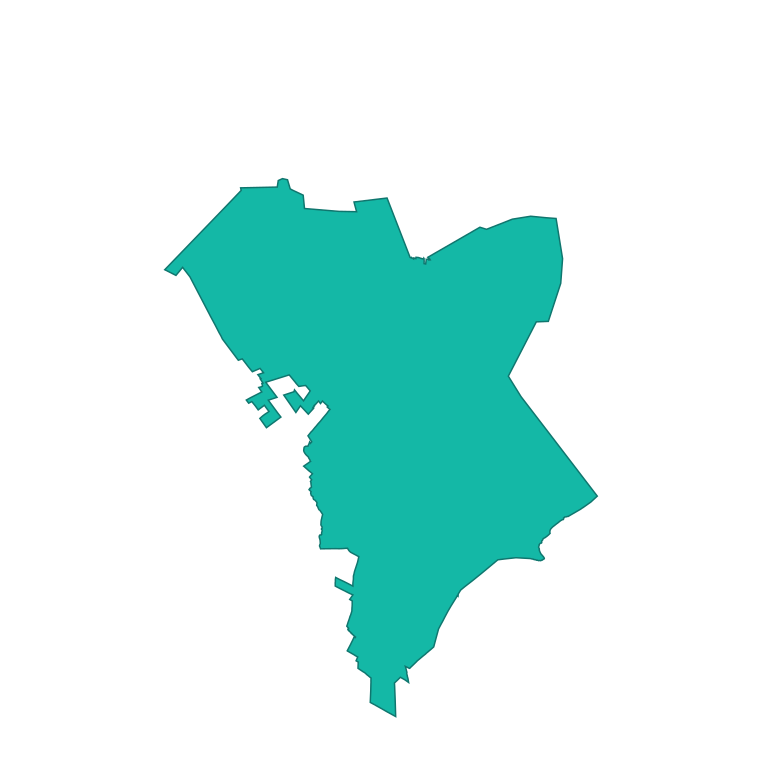 Villa de Arriaga, San Luis Potosí, Mexico (Equal Earth projection), rotated 314°
{"feature_id": "50627088B85978668916883", "entity_name": "Villa de Arriaga", "entity_type": "district", "adm_level": 2, "iso_a3": "MEX", "parent_name": "Mexico", "parent_adm1": "San Luis Potosí", "projection": "equal_earth", "projection_center": [-101.343, 21.982], "detail": "fine", "context": "isolated", "style": "filled", "palette": "teal", "viewbox_px": 768, "rotation_deg": 314, "n_neighbors": 0, "source": "geoboundaries", "source_scale": "gbopen_adm2", "svg_char_len": 6075}
<svg xmlns="http://www.w3.org/2000/svg" viewBox="0 0 768 768"><g transform="rotate(314 384 384)"><path d="M442.8,614.8L451.5,615.3L462.9,539.5L470.1,491.3L476.0,468.0L534.5,450.4L543.2,458.7L579.2,441.2L598.2,425.4L622.6,392.8L616.6,385.6L606.6,373.0L591.7,361.8L566.5,350.3L563.4,344.1L505.6,327.5L505.7,330.0L505.4,331.0L504.3,330.0L504.8,328.9L503.4,328.3L502.9,328.0L502.9,327.9L499.3,330.6L498.4,329.2L499.9,327.9L502.2,325.5L502.2,325.4L501.6,326.0L500.8,324.6L499.9,323.0L498.9,320.9L497.4,319.0L496.3,319.8L495.4,317.9L494.5,318.5L494.1,315.9L493.7,316.1L493.2,314.8L519.9,257.0L494.1,236.0L492.9,237.9L488.9,244.6L476.8,231.6L455.0,204.9L463.7,194.7L460.0,183.8L459.2,181.0L463.9,172.7L461.2,168.3L456.9,166.6L451.5,170.4L425.5,144.6L424.0,146.8L403.1,146.9L339.1,146.9L328.7,146.9L313.9,146.9L317.6,158.9L328.0,158.1L326.3,169.9L312.7,210.6L312.1,212.3L311.0,215.8L308.7,222.9L306.3,229.9L305.3,233.3L304.1,236.5L300.5,258.8L299.9,262.7L302.3,263.9L303.6,264.6L302.2,274.0L301.6,278.7L301.5,279.9L301.4,280.8L309.1,284.0L308.4,289.5L307.1,288.8L303.1,286.8L302.4,291.7L301.7,291.4L300.6,296.3L299.5,295.8L298.2,298.0L297.8,298.1L295.9,297.2L294.5,296.3L293.9,299.2L293.4,301.6L290.1,300.5L281.7,297.6L279.8,297.0L276.8,296.1L276.2,300.0L279.5,301.1L278.9,306.3L278.0,311.5L280.7,311.9L283.5,312.4L285.6,312.7L285.1,315.5L284.6,318.5L284.4,320.3L282.8,320.1L279.3,319.3L276.7,318.9L273.0,318.6L270.9,329.8L288.6,332.8L289.3,327.9L292.0,312.0L300.1,316.3L303.1,297.7L324.7,309.5L323.5,320.0L323.4,320.1L323.1,324.4L327.0,327.4L327.9,328.2L328.5,328.7L328.3,331.1L327.8,335.7L326.3,336.0L324.0,336.4L319.6,337.1L316.0,337.8L316.1,337.0L317.0,328.3L317.6,323.7L315.9,324.6L306.4,319.6L303.7,333.3L302.3,340.4L310.3,339.0L309.7,350.5L312.5,350.4L316.7,350.3L316.6,350.0L317.9,350.1L317.8,349.2L320.0,349.2L320.0,348.7L322.3,348.9L326.3,348.7L325.8,351.9L329.0,351.6L329.0,355.0L329.1,357.5L329.3,359.0L328.0,359.1L328.0,360.2L328.2,362.8L326.2,362.9L324.5,363.1L323.2,363.3L321.9,363.4L317.2,363.7L313.2,364.1L309.6,364.2L306.2,364.5L305.1,364.5L300.4,364.9L299.2,364.8L293.9,365.3L292.2,372.2L290.2,372.3L290.6,370.8L289.1,371.5L287.3,372.1L286.5,372.5L284.7,370.8L283.8,370.6L283.2,370.5L282.3,370.9L281.8,371.4L280.6,372.2L280.1,372.8L279.9,373.2L279.5,374.1L279.3,374.9L279.0,376.3L278.9,377.6L278.9,378.5L279.0,379.6L279.0,380.2L278.7,380.6L278.5,381.2L278.1,382.7L277.8,383.7L277.3,384.4L277.3,384.9L269.1,383.3L269.4,390.6L269.6,392.0L269.7,394.7L269.7,394.9L266.6,395.0L265.3,395.1L265.1,396.3L264.8,398.5L262.8,398.8L262.2,400.3L261.7,400.5L260.5,402.1L259.6,403.1L259.5,403.4L257.5,403.4L257.4,403.1L257.2,403.1L256.7,403.3L256.7,403.5L255.9,403.5L255.9,404.1L255.9,406.3L255.1,406.7L254.4,407.2L253.3,409.2L253.4,410.0L253.7,411.1L252.8,412.1L252.1,413.5L252.5,415.1L252.4,416.3L252.2,418.0L251.4,418.8L250.5,419.4L249.8,420.0L249.8,421.2L248.8,423.4L248.4,424.5L248.6,425.7L248.2,427.6L247.6,430.4L246.3,431.2L245.0,431.9L244.6,432.2L243.3,433.0L243.2,433.0L242.0,433.8L241.2,434.4L240.4,435.1L239.5,435.9L238.9,436.4L238.5,437.2L238.3,438.5L237.7,439.2L237.1,439.7L236.5,439.6L236.1,439.9L235.9,441.0L235.2,441.7L234.0,442.2L233.1,442.9L232.6,443.6L231.7,443.6L231.0,442.8L229.7,443.0L229.2,443.4L228.5,444.3L227.8,445.6L227.1,446.7L226.1,447.8L225.0,449.0L223.6,449.6L222.7,450.1L222.1,451.5L221.7,452.2L221.4,452.9L223.5,455.0L224.8,456.3L232.1,463.7L234.4,466.2L237.0,468.7L239.2,470.6L240.5,471.9L240.2,472.8L239.9,474.1L239.7,475.4L239.8,477.0L242.3,485.8L238.9,487.9L237.0,489.0L228.7,493.0L226.3,494.5L224.6,495.4L222.3,497.6L219.1,500.0L217.0,502.0L216.1,499.0L215.4,496.6L214.1,492.4L212.6,488.0L211.3,483.6L209.5,484.9L208.2,486.2L207.1,487.0L205.7,488.4L205.2,488.9L204.8,489.2L205.1,490.5L206.2,494.2L209.3,504.2L210.7,508.1L205.2,509.0L205.9,511.9L204.5,513.1L203.3,514.3L201.7,515.7L200.8,516.4L198.7,518.3L198.2,518.7L194.6,520.5L194.3,520.6L193.2,521.0L190.7,522.3L187.8,523.6L184.6,525.2L184.2,525.3L183.9,525.5L183.8,527.7L183.5,527.7L183.5,528.4L182.3,528.6L182.4,529.8L182.0,529.8L182.2,533.7L181.9,533.7L182.2,539.3L181.5,539.4L181.4,538.2L177.4,539.6L175.4,540.2L173.6,540.8L166.5,542.9L166.5,543.1L168.7,551.7L168.6,551.8L169.4,554.7L165.5,556.2L166.1,558.6L161.4,562.8L162.5,569.0L162.9,570.4L163.0,572.2L163.0,573.7L163.2,575.3L163.3,577.1L163.5,578.9L161.6,580.6L160.2,582.0L159.4,582.7L154.2,587.5L145.4,595.3L146.4,598.9L148.2,605.6L150.3,613.9L152.9,623.4L164.2,611.8L173.8,601.8L176.2,599.2L180.0,599.4L184.4,599.5L185.7,604.5L186.4,609.0L188.8,605.8L189.9,603.9L190.2,603.6L190.8,602.6L191.4,601.7L191.8,601.2L192.5,600.8L192.8,600.3L193.4,599.3L194.9,596.9L195.7,595.5L195.9,596.1L196.6,598.2L197.0,599.6L197.3,600.0L199.2,600.0L201.0,600.1L203.9,600.2L207.3,600.3L207.5,600.2L215.9,601.1L218.9,601.5L219.2,601.4L225.6,602.1L229.4,602.4L238.6,597.3L245.7,593.4L250.5,592.0L254.2,591.0L258.8,589.6L265.5,587.7L268.0,587.1L270.9,586.4L280.2,584.4L282.6,583.8L282.7,584.7L283.5,584.1L283.9,583.8L284.4,583.3L289.0,582.3L294.4,582.9L303.4,584.2L315.5,585.7L336.6,588.0L341.7,592.1L350.7,599.6L360.0,610.4L361.1,612.3L361.5,612.7L361.8,613.5L362.0,614.1L362.4,614.4L362.8,615.1L363.0,615.4L363.1,615.9L363.5,616.5L363.9,616.9L364.3,617.9L365.1,618.5L365.6,619.3L366.0,619.6L366.7,619.7L367.2,620.1L367.5,620.3L368.0,620.2L369.6,620.7L370.0,620.4L370.3,619.6L370.5,618.6L370.8,615.4L370.9,614.5L371.3,613.6L371.8,612.2L372.2,611.5L372.6,610.8L373.1,610.5L373.2,610.2L373.5,609.9L374.0,608.5L375.7,607.7L376.0,607.3L377.1,607.1L378.0,607.1L378.4,607.3L378.8,607.7L379.3,607.7L379.9,607.3L380.4,606.7L380.9,606.4L381.7,606.5L382.3,606.4L382.7,606.1L383.4,606.0L385.0,606.4L385.4,606.5L385.6,606.7L386.0,606.7L387.8,607.0L389.9,607.2L392.0,607.2L392.7,606.0L393.2,605.8L393.9,605.2L395.0,604.8L395.9,604.6L397.6,604.6L398.0,604.6L399.0,604.7L400.3,604.9L403.5,605.3L404.4,605.5L407.7,605.9L408.4,606.0L410.6,606.7L411.0,607.1L411.9,606.9L412.3,606.3L413.9,606.4L415.1,607.4L416.2,608.0L416.7,608.5L419.3,609.2L420.0,609.4L430.5,612.4L433.3,612.9L433.3,613.0L442.8,614.8Z" fill="#14b8a6" stroke="#0f766e" stroke-width="1.5"/></g></svg>